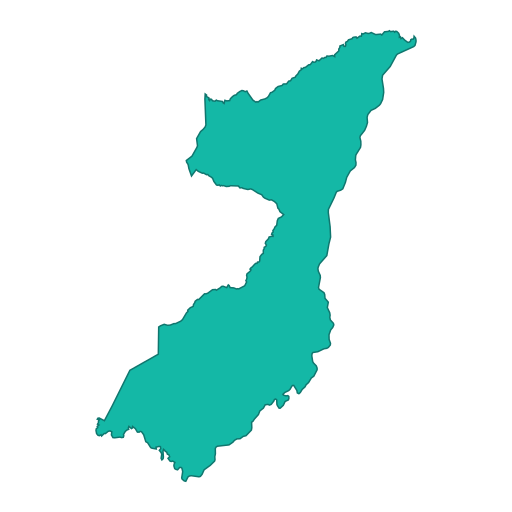 outline of Nova Nazaré, Mato Grosso, Brazil
{"feature_id": "56859067B23326141665054", "entity_name": "Nova Nazaré", "entity_type": "district", "adm_level": 2, "iso_a3": "BRA", "parent_name": "Brazil", "parent_adm1": "Mato Grosso", "projection": "robinson", "projection_center": [-51.887, -14.146], "detail": "fine", "context": "isolated", "style": "filled", "palette": "teal", "viewbox_px": 512, "rotation_deg": 0, "n_neighbors": 0, "source": "geoboundaries", "source_scale": "gbopen_adm2", "svg_char_len": 5993}
<svg xmlns="http://www.w3.org/2000/svg" viewBox="0 0 512 512"><path d="M99.2,418.0L97.9,418.2L97.3,419.2L99.4,419.7L98.5,420.9L98.4,422.8L97.5,424.2L98.9,425.0L97.2,426.4L97.7,427.6L96.2,428.9L96.0,430.6L96.6,433.6L98.0,435.3L99.4,435.7L101.0,434.7L101.6,436.0L104.2,433.5L105.4,433.6L108.1,431.4L110.0,430.9L111.8,431.8L111.4,434.9L112.9,437.6L114.7,437.8L119.9,437.1L121.6,437.6L123.3,437.3L123.8,435.8L123.5,434.4L125.3,431.4L126.8,430.1L128.7,429.3L128.3,428.1L128.9,426.4L131.5,428.6L132.5,427.9L132.6,426.5L135.3,428.6L137.4,432.1L139.3,432.1L140.1,431.4L141.5,431.7L143.7,434.8L145.8,441.7L147.6,442.7L150.7,447.6L151.9,448.2L156.3,449.0L156.0,447.2L159.0,446.4L160.4,446.6L160.8,448.7L159.3,450.3L161.2,452.7L161.7,454.4L161.1,458.3L161.9,459.9L163.1,458.7L163.4,457.1L163.0,451.3L163.5,449.3L164.6,450.2L165.2,451.3L166.7,452.1L167.4,454.2L168.8,454.7L169.7,456.8L168.0,458.3L170.0,461.1L171.3,461.5L172.5,461.0L174.9,462.4L174.1,464.2L173.9,465.9L174.7,468.6L176.0,469.4L177.6,469.8L179.6,467.5L181.0,467.4L181.9,468.2L182.7,471.6L181.7,477.9L182.1,479.1L184.2,480.9L185.8,481.3L188.0,476.9L189.4,476.0L191.3,475.7L199.0,476.8L200.4,476.4L202.1,474.3L204.1,469.8L210.2,465.4L214.6,461.1L215.0,459.7L214.8,456.7L215.4,453.8L215.3,448.4L216.2,446.9L217.5,446.2L229.0,444.9L232.9,442.2L234.5,440.3L236.9,438.9L240.1,438.7L243.2,436.4L246.0,435.7L251.4,430.1L251.8,427.8L251.6,422.3L253.1,421.1L254.2,419.3L258.4,414.6L259.8,411.0L263.4,408.1L265.2,404.8L267.9,404.4L269.5,405.1L271.2,404.4L273.8,401.1L274.4,399.5L275.7,399.0L276.7,399.9L276.9,404.3L277.4,405.6L279.1,408.2L280.2,408.2L283.3,405.3L285.1,401.5L288.4,399.9L288.9,398.4L288.8,396.4L287.8,395.6L286.0,395.9L283.6,395.2L282.9,394.3L284.9,392.4L288.7,390.6L290.1,389.2L291.8,386.2L292.7,385.4L293.7,385.4L296.9,390.5L297.3,392.9L298.9,393.7L300.3,392.5L302.2,389.4L305.0,386.9L306.1,384.8L308.6,382.5L311.3,378.0L313.8,376.2L317.1,369.8L317.1,368.1L316.3,365.9L313.5,363.0L312.7,361.6L311.8,355.8L312.1,353.5L312.9,352.5L317.9,351.7L323.9,348.8L326.8,348.3L328.4,347.4L330.3,345.0L330.5,343.3L329.1,339.4L329.0,334.7L330.7,329.9L332.7,327.5L333.8,324.9L333.4,323.3L330.4,320.0L329.8,317.4L330.1,315.2L329.7,312.7L327.3,307.6L328.3,302.2L325.0,298.3L324.7,294.5L324.0,292.7L319.0,289.2L318.5,287.5L320.4,277.5L320.2,275.4L318.3,271.2L317.9,268.7L318.2,267.1L319.6,263.8L326.8,255.6L328.9,243.9L330.6,237.1L330.1,226.7L328.3,212.5L328.4,209.4L334.0,197.9L336.3,192.2L337.2,191.3L340.7,190.2L342.8,188.8L345.4,182.4L346.7,177.4L348.5,174.1L350.3,170.9L354.4,167.6L355.9,165.2L356.0,162.6L355.4,159.9L355.7,155.9L356.0,154.7L360.5,147.4L360.9,144.8L360.8,141.2L359.9,137.6L360.3,135.8L364.6,130.4L366.4,126.3L367.5,122.5L367.1,117.4L367.8,114.6L371.0,110.4L375.3,108.4L379.4,105.2L380.6,103.7L382.6,99.5L383.7,92.5L383.5,88.5L382.0,79.0L382.6,75.2L390.2,66.5L396.4,55.1L397.5,54.0L413.7,46.6L415.0,45.4L416.0,41.8L416.0,40.1L415.6,38.1L414.1,36.3L413.9,38.0L413.2,39.2L411.8,39.1L410.8,39.7L410.6,40.9L409.5,42.1L407.8,42.4L404.7,40.1L402.4,37.7L401.0,38.6L400.5,36.9L399.4,37.3L399.5,35.4L398.7,33.3L396.7,31.4L395.4,31.3L394.7,32.2L393.6,31.2L390.5,31.6L389.4,30.7L388.4,31.4L384.5,31.8L381.8,35.0L380.7,34.1L375.7,34.6L371.2,32.5L369.6,33.3L368.1,33.5L365.4,32.8L363.0,34.0L361.8,33.6L361.4,36.2L359.9,36.1L357.0,38.2L356.1,36.9L353.8,37.2L352.7,37.6L352.1,38.7L348.5,39.8L347.3,41.5L346.0,42.0L345.4,43.4L345.9,44.5L345.4,46.4L344.0,46.4L343.4,44.6L339.9,46.0L339.9,47.4L338.8,49.0L338.8,50.9L334.6,54.8L334.7,56.6L332.5,55.5L329.0,56.2L326.9,56.0L326.1,57.4L324.9,57.4L323.4,58.4L322.0,58.0L319.0,60.8L316.6,59.9L316.0,61.5L315.0,62.1L313.8,62.3L312.6,61.6L310.3,64.6L308.7,64.8L305.4,67.4L303.9,67.6L302.6,68.8L301.3,68.3L301.2,69.8L299.3,71.2L297.8,74.0L295.9,75.9L295.3,77.2L292.1,78.3L290.5,80.8L288.7,81.1L286.6,83.9L283.3,84.0L282.1,85.5L278.1,86.5L275.5,88.5L274.8,90.2L272.0,92.3L270.5,92.7L268.5,96.3L267.2,97.7L265.0,98.9L260.7,100.0L258.0,102.1L257.0,101.6L255.9,102.2L252.9,100.1L247.9,93.0L246.9,91.0L245.2,91.7L243.5,90.8L241.9,90.5L239.7,91.6L237.2,93.4L236.5,94.7L234.3,95.3L232.6,96.5L230.4,98.7L229.7,100.6L226.7,100.9L224.9,100.3L224.1,103.5L223.1,102.8L222.5,101.5L217.3,100.7L216.3,100.1L215.0,101.2L212.5,100.8L211.5,99.3L210.2,99.1L209.6,100.6L208.7,99.6L208.9,97.9L206.3,96.4L206.6,95.1L205.2,94.0L204.9,99.0L205.9,124.9L205.1,127.0L203.1,129.4L200.6,131.5L196.6,138.6L197.5,145.8L196.9,147.4L192.0,156.1L186.3,160.5L186.6,162.1L188.1,164.5L188.9,168.6L191.5,176.0L196.2,169.6L198.2,171.3L202.3,173.2L203.7,173.1L206.5,174.7L207.8,174.5L208.8,175.7L211.4,177.2L212.6,178.3L213.9,181.5L216.5,185.0L218.0,185.3L219.2,184.8L220.3,186.0L221.3,185.4L222.5,185.8L223.6,185.6L226.3,186.5L229.1,186.3L230.5,185.7L238.4,186.0L239.9,187.9L242.0,187.7L243.1,188.4L247.9,189.5L250.7,188.9L252.5,189.6L257.9,193.1L261.7,194.7L263.4,197.1L264.9,198.2L269.3,200.1L271.4,199.8L274.4,201.5L276.8,203.8L277.9,208.2L278.8,209.0L280.0,211.7L283.7,214.6L281.5,216.9L278.3,218.4L277.3,220.7L276.7,225.3L275.0,226.9L274.1,229.0L272.9,230.5L273.2,231.9L272.1,232.9L271.6,234.4L272.9,234.9L273.0,236.4L271.6,236.3L269.1,237.0L268.5,238.7L265.8,241.6L265.3,243.4L266.4,245.0L265.8,246.4L264.2,247.3L264.1,248.9L263.3,250.1L263.3,253.4L261.8,254.3L260.0,256.7L259.7,261.0L258.8,262.1L257.5,262.1L257.0,263.4L255.9,263.3L254.7,264.2L252.2,267.0L251.2,267.6L250.0,269.1L251.0,269.9L250.0,271.4L247.1,273.7L246.6,275.3L247.0,277.1L246.7,279.1L245.9,280.6L246.6,282.0L244.7,285.8L238.7,288.9L237.5,288.7L236.6,289.0L233.8,287.9L230.1,287.6L229.2,285.6L228.3,284.9L226.7,287.6L223.0,286.2L221.5,286.5L220.5,287.6L216.4,290.2L215.5,289.5L212.5,289.7L207.9,293.1L206.2,293.8L204.5,293.8L198.8,299.5L197.5,299.4L195.1,301.3L194.8,302.6L193.5,304.5L193.2,306.4L190.3,307.7L187.7,310.2L188.0,311.5L186.6,312.7L182.5,319.6L180.7,321.2L175.6,323.6L173.9,323.6L170.2,325.1L167.5,325.3L164.2,324.3L160.5,325.8L158.7,327.0L158.3,354.2L129.9,370.3L112.2,405.9L104.4,420.7L99.2,418.0Z" fill="#14b8a6" stroke="#0f766e" stroke-width="1.5"/></svg>